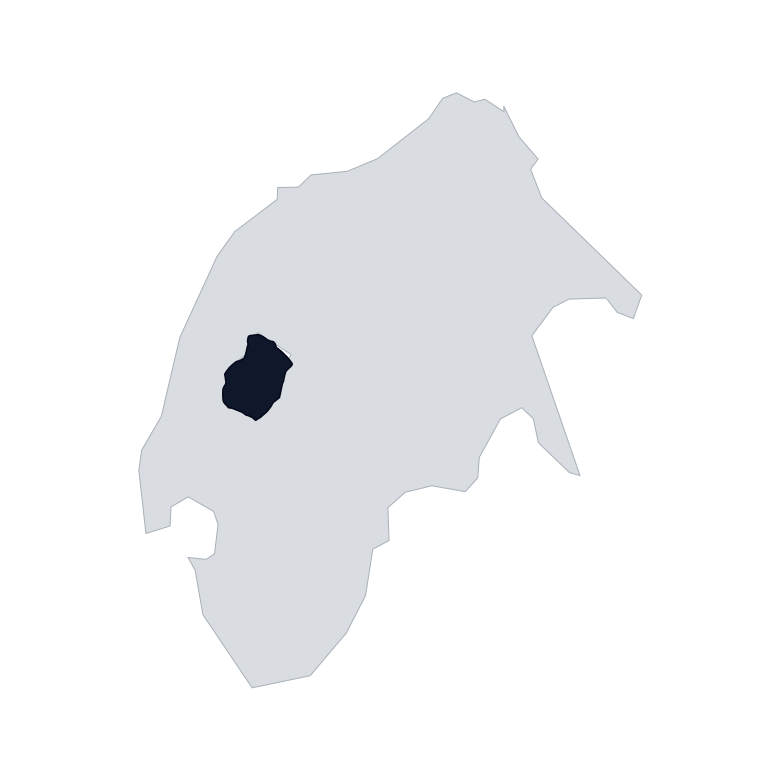 Lesotho highlighted, Natural Earth projection, rotated 162°
{"feature_id": "LSO", "entity_name": "Lesotho", "entity_type": "country or territory", "adm_level": 0, "iso_a3": "LSO", "parent_name": "Africa", "parent_adm1": "", "projection": "natural_earth1", "projection_center": [28.2, -29.612], "detail": "fine", "context": "with_neighbors", "style": "filled", "palette": "ink", "viewbox_px": 768, "rotation_deg": 162, "n_neighbors": 1, "source": "natural_earth", "source_scale": "50m", "svg_char_len": 1986}
<svg xmlns="http://www.w3.org/2000/svg" viewBox="0 0 768 768"><g transform="rotate(162 384 384)"><path d="M111.4,388.9L126.7,369.1L140.0,380.0L146.1,397.1L181.9,407.6L199.5,404.7L228.5,384.2L225.9,236.4L235.0,242.4L255.3,280.4L252.7,304.8L260.3,318.9L284.0,314.8L316.0,284.9L323.9,265.7L340.0,256.5L370.1,272.5L397.2,274.5L418.5,265.2L427.6,233.6L445.7,230.4L466.8,188.7L496.8,158.8L544.3,129.4L603.3,135.8L627.5,220.5L621.2,265.1L623.9,279.5L607.2,272.1L597.6,275.0L585.2,301.7L585.4,315.5L605.1,337.2L624.5,332.9L631.4,315.1L656.6,315.4L643.8,377.8L635.0,395.9L605.9,421.9L563.7,491.5L503.5,556.8L479.0,575.0L428.5,592.6L424.4,603.7L404.6,597.7L388.6,605.4L353.3,597.6L320.2,600.4L259.5,622.5L239.9,637.6L225.2,638.6L211.1,624.4L200.1,623.6L185.7,605.8L184.3,611.3L179.2,577.1L167.9,550.3L178.2,543.0L176.5,512.3L111.4,388.9ZM540.0,416.1L514.2,391.7L498.8,399.9L463.4,440.9L488.1,471.7L499.9,467.7L505.9,454.9L524.2,448.6L540.0,416.1Z" fill="#d9dde1" stroke="#a8b0b8" stroke-width="1"/><path d="M520.6,449.9L517.6,450.9L517.2,451.0L515.3,450.8L512.8,451.0L510.8,451.5L509.2,451.7L506.7,454.6L502.1,462.2L500.9,463.8L500.6,466.8L499.5,469.2L498.2,471.1L496.9,471.5L493.1,470.8L488.2,469.8L485.4,467.5L482.9,464.5L481.5,462.3L480.1,461.1L479.6,460.4L477.7,459.4L476.9,458.9L476.2,458.5L475.4,457.0L475.0,455.7L475.1,452.2L473.7,450.1L471.3,446.4L469.8,443.5L467.7,439.4L466.4,436.0L465.1,432.4L465.3,430.8L466.5,429.8L470.2,428.0L473.1,426.6L475.1,424.0L477.4,420.2L478.5,417.9L479.5,416.9L480.7,415.3L482.8,411.7L485.1,407.7L487.6,403.4L490.7,402.2L495.0,400.7L499.1,397.0L504.0,393.8L511.9,390.4L515.6,389.6L517.0,389.1L517.8,389.7L518.8,391.7L520.1,393.3L523.2,396.1L524.6,396.8L527.8,401.1L531.2,403.9L535.2,407.3L537.8,408.9L539.2,409.4L540.4,412.4L541.5,414.5L542.1,416.6L542.0,418.6L540.7,423.5L538.9,428.5L537.4,430.6L535.7,431.9L533.9,433.9L533.2,437.9L532.4,442.6L530.2,444.5L528.4,445.8L526.0,447.4L520.6,449.9Z" fill="#0f172a" stroke="#020617" stroke-width="1.5"/></g></svg>